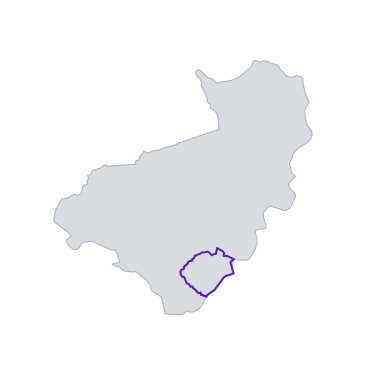 Soum, Soum, Burkina Faso (highlighted), rotated 162°
{"feature_id": "67063806B70466570504467", "entity_name": "Soum", "entity_type": "district", "adm_level": 2, "iso_a3": "BFA", "parent_name": "Burkina Faso", "parent_adm1": "Soum", "projection": "robinson", "projection_center": [-1.051, 14.286], "detail": "fine", "context": "in_parent", "style": "outline", "palette": "violet", "viewbox_px": 384, "rotation_deg": 162, "n_neighbors": 0, "source": "geoboundaries", "source_scale": "gbopen_adm2", "svg_char_len": 7121}
<svg xmlns="http://www.w3.org/2000/svg" viewBox="0 0 384 384"><g transform="rotate(162 192 192)"><path d="M279.8,242.9L270.6,243.3L267.3,244.4L265.3,244.4L265.2,243.5L265.0,242.9L253.4,239.8L245.3,237.9L237.1,235.9L236.7,237.8L235.5,239.0L233.7,239.1L232.5,238.8L231.7,240.3L230.3,242.3L228.4,243.3L226.5,244.5L225.5,245.5L224.7,245.6L222.9,243.0L220.4,242.8L215.7,243.2L213.6,242.5L210.7,242.2L204.0,242.7L193.2,241.7L191.4,242.2L191.0,242.7L180.3,242.8L168.5,242.9L158.6,243.1L150.0,243.2L150.0,242.7L147.3,242.7L146.9,243.5L144.5,253.6L144.2,259.1L145.5,262.5L147.0,264.7L148.6,265.6L148.8,266.8L147.4,268.4L147.6,270.0L149.1,271.7L149.5,273.4L148.7,275.3L148.9,279.7L150.0,286.7L150.0,291.2L148.9,293.3L149.5,296.9L151.6,301.9L151.9,304.0L151.2,305.0L149.4,306.3L147.6,306.3L145.6,303.2L144.6,301.9L143.0,298.8L141.5,295.7L139.6,294.3L137.7,293.1L135.4,289.1L133.2,287.3L130.8,287.8L127.4,287.1L120.5,286.1L113.0,286.4L109.9,287.3L106.9,288.7L99.1,291.9L96.1,293.4L93.7,297.4L91.1,297.3L88.5,296.0L86.8,294.2L83.3,294.6L79.9,292.9L76.6,289.5L74.2,288.3L71.1,285.9L70.2,281.2L68.3,277.9L66.5,273.3L63.8,271.2L60.8,270.1L56.5,270.3L53.7,268.5L51.5,265.8L52.1,263.5L53.1,260.2L53.2,257.0L53.9,251.8L53.5,245.4L52.8,240.9L55.1,239.0L57.9,237.3L59.6,234.3L61.4,227.4L62.1,221.5L61.6,219.3L60.7,217.5L60.0,215.0L59.6,211.8L60.1,209.1L62.1,206.6L64.7,204.5L66.6,203.5L71.4,202.4L77.5,200.9L81.0,199.1L83.6,197.3L85.0,195.9L86.5,193.0L88.8,190.8L90.6,188.5L90.9,182.2L90.9,178.6L89.6,176.7L88.8,175.0L97.9,170.1L97.9,166.6L96.7,162.7L94.9,159.6L94.3,156.9L96.8,153.7L99.0,151.4L100.6,149.3L104.2,146.3L107.8,145.5L111.2,146.6L121.0,153.9L122.7,154.3L124.7,153.8L127.3,151.9L130.7,150.4L131.9,145.5L131.8,138.4L132.6,135.1L134.4,134.5L140.0,135.9L141.5,136.0L143.2,135.5L144.4,134.2L144.3,131.9L144.1,129.9L145.9,123.3L149.3,118.3L156.1,112.1L158.2,110.8L160.7,110.2L172.8,114.5L174.8,113.4L177.8,102.8L181.1,101.8L185.1,101.6L187.7,100.7L189.0,100.0L194.8,96.0L205.0,90.5L210.5,88.1L211.6,87.3L215.5,83.4L220.7,78.9L224.0,78.0L228.6,77.7L231.5,78.4L232.3,79.7L233.3,80.3L239.3,78.4L247.9,81.5L255.3,84.4L254.8,86.3L254.8,89.6L254.2,94.9L253.4,101.2L256.5,105.3L260.2,109.6L261.2,111.3L260.2,115.7L260.9,118.2L262.8,122.4L266.2,127.8L269.6,133.3L271.9,134.0L274.1,134.4L275.5,135.4L277.5,136.4L279.5,137.0L281.2,138.2L282.3,139.4L283.7,142.8L287.6,145.0L290.2,147.3L289.2,148.4L285.8,147.9L282.7,147.0L282.3,148.6L282.2,154.8L282.7,160.0L283.4,160.7L286.6,161.7L294.1,168.4L300.9,174.8L303.2,176.5L307.0,177.1L311.2,177.4L313.0,176.8L317.1,173.6L319.2,173.2L321.2,173.3L322.3,173.8L324.3,176.4L326.1,180.4L326.7,183.3L326.5,184.9L325.9,185.5L322.5,186.2L321.1,186.8L320.7,187.7L321.2,189.7L321.9,190.9L325.6,196.6L330.9,204.3L332.5,206.3L331.6,208.6L328.9,214.6L326.9,217.2L318.1,225.7L313.7,224.7L304.6,226.4L303.2,224.4L301.1,224.2L298.4,224.5L297.4,225.3L297.2,226.1L296.2,227.3L294.5,230.7L293.2,231.5L291.6,232.0L289.6,232.0L288.5,232.4L288.4,234.1L288.1,235.5L286.7,236.3L286.2,237.9L286.3,239.5L285.5,240.2L283.8,239.8L282.8,239.4L281.8,241.5L280.6,242.9L279.8,242.9Z" fill="#d9dde1" stroke="#a8b0b8" stroke-width="1"/><path d="M185.4,130.9L185.5,130.8L185.5,130.7L185.6,130.4L185.7,130.0L185.9,130.0L186.0,129.9L186.1,129.7L186.5,129.1L186.8,128.6L187.3,127.7L187.7,127.0L187.9,126.4L188.1,126.0L188.3,125.8L188.5,125.8L188.8,126.0L189.2,126.0L190.0,126.2L191.8,125.9L192.3,125.8L192.8,125.7L192.9,125.8L193.1,126.3L193.3,126.6L193.6,127.2L193.8,127.8L194.4,129.2L194.6,129.5L194.9,129.8L195.2,130.2L195.5,130.3L195.8,130.5L196.1,130.5L196.8,130.6L197.4,130.5L198.2,130.7L198.6,130.7L199.0,130.8L199.6,130.9L201.0,131.4L201.3,131.4L201.5,131.4L202.2,131.2L203.4,130.8L203.6,130.8L203.9,130.9L204.1,130.9L204.4,130.8L204.6,130.6L204.9,130.6L205.1,130.6L205.6,130.7L206.0,130.7L206.4,130.7L206.8,130.7L207.3,130.5L207.5,130.3L207.6,130.2L207.9,130.1L208.0,130.1L208.3,130.4L208.5,130.6L208.9,130.6L209.1,130.5L209.3,130.3L209.4,130.1L209.6,129.8L209.9,129.1L210.0,128.9L210.7,128.4L210.9,128.3L211.0,128.2L211.4,128.3L211.5,128.3L212.0,128.2L212.3,128.2L212.5,128.2L212.7,127.8L212.7,127.6L212.7,127.3L212.8,127.2L212.9,126.9L212.9,126.7L213.1,126.7L213.3,126.6L213.6,126.6L213.8,126.6L214.3,126.7L214.5,126.9L214.8,127.0L215.1,127.1L215.4,127.1L215.5,127.1L215.9,127.0L216.0,126.9L216.3,126.8L216.5,126.7L216.8,126.6L217.1,126.7L217.4,126.6L217.4,126.4L217.6,126.3L217.7,126.2L217.8,126.0L217.7,125.9L217.8,125.7L218.0,125.7L218.2,125.3L218.3,125.2L218.5,125.1L218.8,125.1L219.1,125.0L219.3,124.9L219.5,124.7L219.8,124.3L220.2,124.3L220.3,124.3L220.5,124.5L220.8,124.4L220.9,124.1L221.0,123.9L221.1,123.7L221.5,123.6L221.9,123.6L222.1,123.7L222.3,123.7L222.5,123.7L222.8,123.5L222.9,123.3L222.9,123.2L222.9,122.8L222.9,122.4L222.9,122.2L223.0,122.0L223.1,121.9L223.3,121.6L223.5,121.4L223.9,121.3L224.1,121.4L224.5,121.3L225.8,121.4L226.0,121.3L226.1,121.2L226.3,121.0L226.4,120.9L226.5,120.8L226.6,120.6L226.8,120.6L227.0,120.6L227.2,120.4L227.3,120.2L227.7,120.0L227.7,119.9L227.7,119.5L227.7,119.4L227.5,119.1L227.5,118.9L227.6,118.7L227.8,118.6L227.8,118.4L227.9,118.2L228.0,118.1L228.0,117.9L228.1,117.7L228.1,117.4L228.2,117.2L228.1,116.9L227.9,116.2L227.8,115.7L227.5,114.6L227.5,114.3L226.9,114.4L226.6,114.3L226.4,114.1L226.1,113.9L225.9,113.6L225.7,113.2L225.5,112.5L225.5,112.2L225.5,111.8L225.6,111.0L225.3,107.0L225.3,106.6L225.2,106.4L224.9,106.4L224.7,106.4L224.4,106.3L224.2,106.2L224.0,105.9L223.8,105.7L223.6,105.5L223.4,105.2L223.4,104.8L223.0,103.7L222.8,102.9L222.8,102.6L222.8,102.4L222.7,102.4L222.3,102.3L221.6,102.2L221.5,102.3L221.4,102.3L221.2,102.2L220.9,101.8L220.7,101.8L220.7,101.7L220.5,101.4L220.5,101.2L220.6,100.7L220.5,100.4L220.6,100.1L220.5,99.9L220.4,99.9L220.3,99.7L220.2,99.6L220.1,99.4L219.9,99.2L219.7,99.1L219.6,98.8L219.5,98.6L219.1,98.2L218.9,97.9L218.8,97.4L218.7,97.4L218.5,97.2L218.4,97.0L218.4,96.8L218.4,96.6L218.2,96.2L218.1,95.7L217.9,95.3L217.8,95.0L217.8,94.8L217.7,94.7L217.8,94.5L217.7,94.6L217.5,94.4L217.4,94.4L217.3,94.2L217.2,94.2L216.9,94.0L216.8,93.9L216.7,93.9L216.0,93.6L215.9,93.5L215.8,93.4L215.7,93.2L215.4,93.0L215.3,92.9L215.2,92.9L215.0,93.0L214.9,93.1L214.9,92.7L215.0,92.5L215.0,92.4L215.1,92.1L215.0,91.8L215.1,91.6L215.1,91.3L215.1,91.2L214.9,91.2L214.7,91.2L214.4,91.0L213.9,90.9L213.7,90.8L213.7,90.7L213.8,90.5L213.7,90.4L213.4,90.3L213.3,90.2L213.2,90.1L213.1,89.9L212.9,89.7L212.5,89.2L212.3,89.2L212.2,89.2L212.2,89.3L212.1,89.2L211.8,88.9L211.5,88.8L211.4,88.8L211.2,88.9L210.9,88.8L210.6,88.0L209.1,89.3L206.9,90.1L203.5,91.0L201.1,91.6L188.4,100.8L185.4,101.8L183.2,101.6L181.8,101.6L180.9,101.6L180.3,101.5L177.7,101.8L177.1,113.4L173.1,115.2L173.2,115.4L173.3,115.4L173.5,115.5L173.7,115.8L175.0,117.1L176.0,118.1L176.8,118.9L177.8,119.8L180.0,121.0L181.4,121.2L181.5,121.3L181.5,121.9L181.2,122.2L181.2,122.3L181.0,122.6L180.9,122.7L180.8,123.0L180.7,123.1L180.7,123.3L180.7,123.5L180.7,123.9L180.6,124.1L180.5,124.4L180.6,124.5L180.6,124.8L180.7,125.2L180.9,125.9L181.0,126.1L181.3,126.4L181.5,126.6L181.8,126.9L183.2,128.4L184.2,129.6L184.8,130.2L185.1,130.6L185.4,130.9Z" fill="none" stroke="#5b21b6" stroke-width="2"/></g></svg>